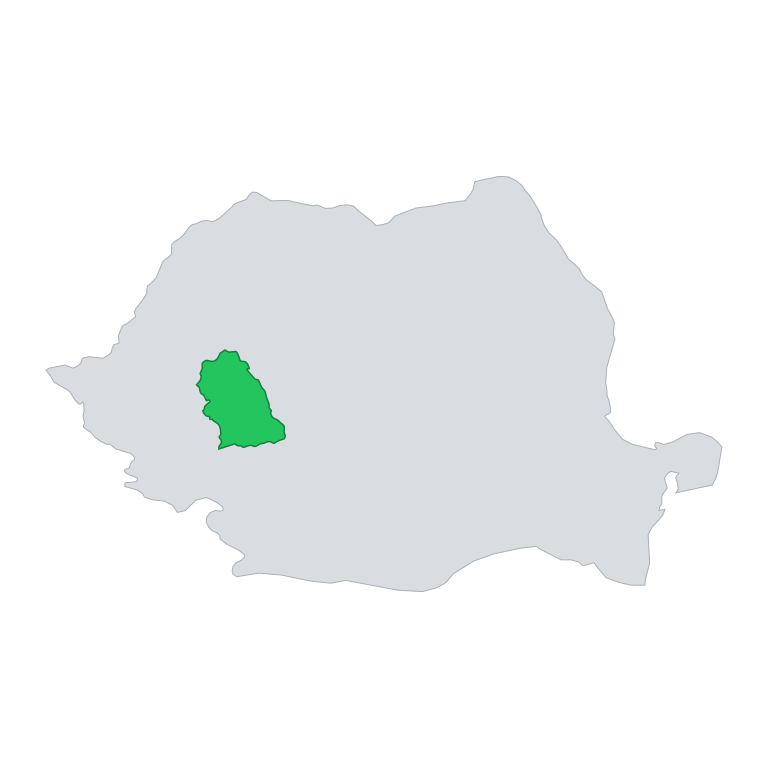 Hunedoara on a map of Romania (Natural Earth projection)
{"feature_id": "ROU-297", "entity_name": "Hunedoara", "entity_type": "County", "adm_level": 1, "iso_a3": "ROU", "parent_name": "Romania", "parent_adm1": "", "projection": "natural_earth1", "projection_center": [22.886, 45.787], "detail": "fine", "context": "in_parent", "style": "filled", "palette": "green", "viewbox_px": 768, "rotation_deg": 0, "n_neighbors": 0, "source": "natural_earth", "source_scale": "10m", "svg_char_len": 5755}
<svg xmlns="http://www.w3.org/2000/svg" viewBox="0 0 768 768"><path d="M614.8,430.0L622.5,439.3L632.2,444.3L654.4,449.6L656.4,448.9L656.6,448.0L655.0,446.6L654.7,444.8L655.7,442.7L658.8,442.6L663.8,444.5L673.3,441.7L687.1,434.3L699.9,432.7L711.8,437.2L717.9,442.3L721.9,447.2L720.9,453.3L720.2,457.0L717.6,472.6L715.6,478.5L712.3,485.0L676.0,492.8L678.3,489.1L677.3,482.5L675.6,477.5L678.9,473.1L670.7,471.4L667.1,473.9L664.4,478.2L667.2,488.0L663.3,493.5L661.8,496.5L661.8,503.8L659.6,506.9L659.2,510.3L665.0,509.4L662.5,515.6L651.8,527.6L648.1,534.8L649.7,563.1L645.2,580.1L644.9,585.1L633.3,585.3L629.8,584.9L618.7,582.3L606.2,577.8L598.8,569.1L594.0,562.8L583.6,565.6L581.5,564.9L578.6,561.9L570.7,559.8L560.9,559.8L538.8,548.4L536.3,546.4L519.2,548.4L493.5,554.0L473.9,561.0L453.7,573.4L445.6,582.9L436.1,587.9L422.5,591.6L398.2,590.2L372.8,585.5L345.6,580.4L330.9,583.2L311.0,581.1L281.0,575.0L258.7,573.1L236.7,576.7L233.0,574.0L232.2,570.9L233.0,566.4L236.1,562.8L241.4,560.1L244.3,557.4L244.6,554.6L238.6,550.1L226.3,543.9L221.3,540.0L220.1,539.1L219.7,535.6L217.2,532.9L212.5,530.9L208.8,527.3L206.2,522.1L206.8,517.1L210.5,512.5L215.2,510.5L221.0,511.2L223.4,509.8L222.5,506.6L216.8,502.5L206.5,497.5L195.9,500.2L185.1,510.7L177.4,512.4L172.7,505.3L164.3,501.1L152.1,499.8L144.7,497.1L141.9,493.0L136.6,489.8L125.0,486.5L124.8,483.3L126.7,482.6L130.9,482.3L136.4,481.6L137.3,479.8L137.4,478.2L133.0,476.1L128.6,474.6L126.3,473.2L124.8,471.6L124.5,470.0L125.9,468.9L127.6,468.8L129.4,467.8L130.4,464.0L132.8,460.8L134.5,459.7L134.4,457.4L132.7,455.2L130.3,453.3L126.7,452.2L115.6,448.9L110.0,444.3L106.6,444.2L101.2,441.6L95.4,437.7L90.3,432.0L84.9,428.4L83.5,426.9L83.4,425.5L84.4,423.9L84.4,422.2L83.0,416.6L84.0,410.8L83.8,405.3L83.7,402.9L82.7,402.1L81.7,402.9L80.4,404.0L79.1,404.2L75.1,400.2L70.0,392.0L66.6,389.3L59.9,385.6L54.3,382.4L50.3,375.6L46.1,370.4L48.9,368.2L65.1,365.1L72.6,368.1L76.0,367.0L79.3,364.6L81.1,362.6L81.4,360.6L83.1,358.0L88.6,356.7L103.0,358.3L108.8,354.7L111.0,352.7L112.3,348.3L113.9,344.8L119.1,343.0L119.0,339.8L118.2,336.3L121.3,328.5L123.1,325.3L126.1,324.1L129.6,321.7L135.7,316.6L134.4,312.2L135.6,308.9L142.0,300.9L146.9,293.2L146.8,289.4L147.6,286.0L151.9,282.3L156.4,277.5L162.4,262.5L164.5,260.0L168.4,257.1L171.3,254.3L171.7,244.5L174.4,241.6L179.6,238.5L184.8,233.3L189.0,227.3L192.3,224.5L196.6,223.7L201.2,221.3L206.5,220.4L211.5,221.6L214.7,221.0L219.5,218.1L231.9,207.0L233.6,204.7L236.2,203.2L246.2,199.4L248.7,195.6L252.1,192.2L256.6,192.4L271.1,200.9L286.6,200.4L289.5,200.7L290.4,200.9L292.3,201.6L312.9,205.8L316.1,205.3L317.0,205.0L325.4,208.4L332.7,208.0L339.7,205.6L346.9,204.8L353.6,206.2L358.7,211.1L372.0,221.5L375.9,225.4L382.0,224.8L388.7,222.8L395.3,215.9L416.0,208.0L431.9,206.1L447.3,202.9L465.2,200.7L470.2,194.2L473.0,189.8L474.9,181.7L484.5,179.4L493.7,177.7L496.9,176.7L503.6,176.4L508.8,177.1L516.8,181.1L522.5,186.1L524.8,190.1L529.7,195.7L534.9,203.7L540.7,214.2L542.0,219.6L544.2,225.3L548.5,232.4L556.6,240.2L557.7,241.6L561.4,247.1L568.6,259.3L574.5,264.1L579.7,269.4L582.3,274.8L586.0,279.6L594.7,286.1L601.7,291.9L607.6,308.7L611.7,316.4L614.3,322.3L613.4,334.3L615.0,339.4L612.1,348.8L606.7,367.7L605.7,382.7L606.9,390.8L607.1,396.0L608.6,399.3L610.2,406.2L610.6,412.1L608.6,413.9L605.7,415.3L604.6,416.5L607.4,419.2L611.1,424.2L614.8,430.0Z" fill="#d9dde1" stroke="#a8b0b8" stroke-width="1"/><path d="M284.3,438.8L279.9,440.2L275.8,442.2L274.6,443.1L273.9,443.3L273.2,443.2L271.9,442.4L270.9,441.9L269.8,441.7L268.0,441.6L266.7,442.0L264.2,443.1L261.0,443.7L259.9,444.0L256.0,446.2L254.9,446.4L254.0,446.4L251.8,445.5L250.7,445.4L248.9,445.5L244.4,447.2L243.3,447.3L242.6,447.1L242.0,446.6L241.4,446.1L240.7,445.9L237.7,445.7L236.8,445.4L236.2,444.9L235.7,444.3L234.8,443.9L234.0,444.1L218.8,449.0L218.9,447.3L219.0,446.6L219.4,445.8L220.9,443.7L221.3,443.0L221.5,442.3L221.5,441.6L221.3,440.7L220.9,439.8L219.9,438.6L219.4,437.7L219.2,436.9L219.5,436.3L220.4,435.1L220.7,434.2L220.9,433.4L220.6,431.8L220.6,430.9L220.6,429.9L220.3,428.8L219.5,426.1L218.8,424.9L217.7,423.6L215.3,422.0L214.0,421.2L213.1,420.5L212.6,419.8L212.2,419.4L211.4,419.3L210.8,419.4L210.2,419.4L209.8,419.1L209.7,418.4L209.8,417.7L209.8,417.1L209.4,416.7L208.4,416.4L207.5,416.3L206.5,416.0L205.6,415.4L203.4,412.8L202.9,410.7L203.5,410.5L203.7,410.2L204.0,409.7L204.2,409.1L204.5,407.4L204.8,406.6L205.4,405.6L206.2,404.8L209.1,402.5L209.7,401.8L209.9,401.1L209.7,400.5L208.9,400.1L208.4,400.1L207.8,400.2L207.0,400.7L206.4,400.4L205.8,399.6L204.5,396.6L203.8,395.5L203.2,394.9L201.2,393.6L200.6,392.6L200.1,391.3L199.8,390.2L199.6,388.5L198.9,387.0L196.5,384.8L199.8,381.0L200.6,379.4L201.1,377.9L201.1,376.8L201.0,375.9L200.2,373.8L200.4,372.9L200.8,371.8L201.8,369.9L202.2,368.5L202.3,367.3L202.1,364.3L202.4,363.3L203.1,362.4L204.7,361.1L205.7,360.6L207.0,360.4L211.0,361.3L212.3,361.4L214.0,361.1L215.3,360.5L216.8,359.3L218.4,356.9L219.1,355.5L220.3,353.1L225.0,350.0L228.4,352.0L229.1,352.1L235.6,351.5L236.3,351.7L237.0,352.5L237.7,353.8L238.8,356.4L240.0,360.4L240.5,360.9L241.4,361.2L244.6,361.6L245.4,361.9L246.2,362.4L247.1,363.6L248.0,365.0L249.2,367.7L249.2,368.6L248.9,368.9L248.4,368.7L247.9,368.6L247.4,368.7L247.1,369.0L247.0,369.4L247.2,370.0L247.7,370.8L254.6,378.8L256.3,379.5L257.7,379.7L258.5,380.2L261.3,386.6L262.5,388.3L264.3,390.3L265.0,391.4L266.8,398.3L268.4,402.1L268.9,404.0L269.2,405.4L269.0,407.1L269.2,407.8L269.5,408.5L271.1,410.1L271.3,410.9L271.1,411.5L270.9,412.2L270.7,412.9L270.7,413.7L271.0,414.6L271.8,416.2L272.6,417.3L274.3,418.5L277.1,419.7L278.3,420.5L279.8,422.1L283.4,425.1L283.9,425.7L284.1,426.6L284.3,427.2L284.2,430.2L283.9,431.6L284.1,432.4L285.1,435.2L285.3,436.2L284.3,438.8Z" fill="#22c55e" stroke="#15803d" stroke-width="1.5"/></svg>